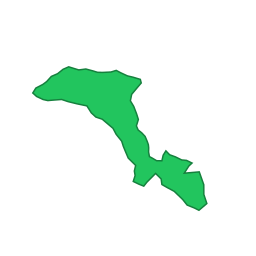 Evrychou, Nicosia, Cyprus, rotated 112°
{"feature_id": "46923920B84453805319018", "entity_name": "Evrychou", "entity_type": "district", "adm_level": 2, "iso_a3": "CYP", "parent_name": "Cyprus", "parent_adm1": "Nicosia", "projection": "equal_earth", "projection_center": [32.917, 35.056], "detail": "fine", "context": "isolated", "style": "filled", "palette": "green", "viewbox_px": 256, "rotation_deg": 112, "n_neighbors": 0, "source": "geoboundaries", "source_scale": "gbopen_adm2", "svg_char_len": 1167}
<svg xmlns="http://www.w3.org/2000/svg" viewBox="0 0 256 256"><g transform="rotate(112 128 128)"><path d="M168.5,26.6L161.2,32.8L152.2,36.5L142.0,45.5L148.8,58.9L140.6,57.4L136.5,55.5L136.1,61.6L137.5,66.2L137.0,73.2L137.2,79.4L135.0,84.3L140.0,85.2L145.7,84.3L147.6,89.2L146.8,94.4L146.5,97.4L142.6,99.9L138.6,101.4L135.8,102.9L133.0,105.4L129.4,109.0L127.4,113.3L126.0,117.9L122.9,121.0L116.2,121.6L111.7,125.3L105.8,130.8L101.9,136.0L95.4,137.2L86.7,134.4L81.3,132.6L78.3,134.8L79.0,142.3L79.9,148.1L79.5,155.7L79.0,160.5L82.5,164.8L86.0,172.4L87.8,177.2L88.2,182.0L89.1,189.2L92.6,195.4L93.1,201.2L93.5,205.9L97.9,210.2L104.0,213.6L108.9,218.4L115.4,220.8L119.4,223.2L125.5,228.4L131.2,229.4L133.0,224.6L133.4,217.4L132.6,212.6L130.4,208.3L126.4,200.2L126.0,193.5L124.7,184.4L122.9,174.4L127.7,167.7L129.9,161.9L129.5,155.2L131.7,148.5L133.9,141.8L138.3,136.6L142.6,128.9L146.6,125.6L150.1,122.2L155.8,116.5L159.8,106.9L165.5,106.0L169.4,103.6L175.6,103.1L176.0,96.9L176.0,91.6L171.2,90.2L159.8,85.4L162.8,78.2L167.7,75.4L168.5,69.6L169.4,61.5L173.8,50.5L177.3,44.3L177.3,36.6L177.7,31.4L168.5,26.6Z" fill="#22c55e" stroke="#15803d" stroke-width="1.5"/></g></svg>